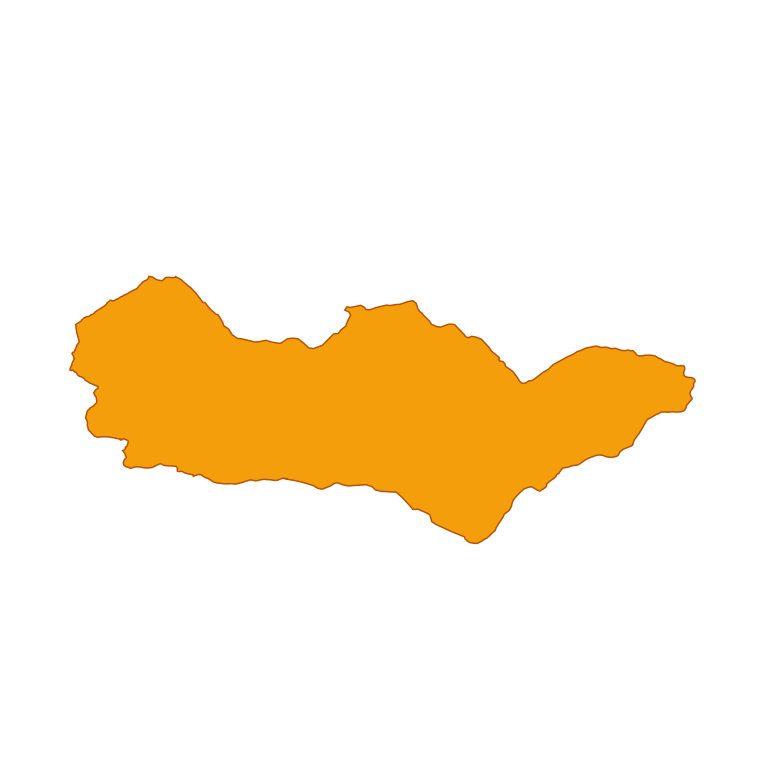 Palestina, Huila, Colombia (Equal Earth projection), rotated 250°
{"feature_id": "7082276B12666092596275", "entity_name": "Palestina", "entity_type": "district", "adm_level": 2, "iso_a3": "COL", "parent_name": "Colombia", "parent_adm1": "Huila", "projection": "equal_earth", "projection_center": [-76.155, 1.674], "detail": "fine", "context": "isolated", "style": "filled", "palette": "amber", "viewbox_px": 768, "rotation_deg": 250, "n_neighbors": 0, "source": "geoboundaries", "source_scale": "gbopen_adm2", "svg_char_len": 6149}
<svg xmlns="http://www.w3.org/2000/svg" viewBox="0 0 768 768"><g transform="rotate(250 384 384)"><path d="M565.6,199.8L564.5,199.1L563.6,198.2L562.8,196.1L562.8,194.3L562.3,192.1L559.7,186.9L558.2,184.5L557.7,180.7L557.7,179.1L556.6,173.4L555.8,165.8L554.8,162.5L555.2,161.3L554.7,159.4L554.7,157.8L555.8,156.4L556.4,155.2L555.8,154.5L555.5,153.1L555.0,151.8L553.7,149.9L553.0,148.2L550.5,137.3L549.6,135.8L549.2,134.4L549.2,132.2L548.4,129.9L548.9,128.1L548.8,125.0L547.7,122.2L546.8,121.0L545.2,114.6L537.6,112.9L527.9,112.1L526.5,110.3L526.1,109.3L524.5,108.0L520.1,103.9L520.2,102.2L519.3,101.2L516.8,101.7L515.2,101.8L513.2,101.1L510.9,98.6L508.4,96.8L506.3,94.6L504.3,93.7L503.9,94.2L503.7,96.2L501.2,97.5L500.6,98.2L499.7,98.9L497.6,99.2L496.3,99.8L495.3,100.5L494.3,102.0L492.4,103.7L490.7,104.5L489.8,104.5L489.4,104.8L488.7,105.5L485.6,107.7L484.5,109.1L481.4,112.2L479.6,114.4L477.8,113.8L477.0,110.8L475.0,108.2L472.3,108.4L470.1,109.0L466.8,108.4L464.7,107.5L462.9,103.8L461.9,99.5L460.1,96.0L454.2,91.9L451.3,92.4L448.8,92.0L446.5,91.0L443.7,90.9L442.2,90.5L434.0,94.1L431.9,96.7L431.3,99.3L430.7,101.4L428.6,107.0L426.5,110.5L426.0,111.6L424.9,113.0L423.4,115.6L422.5,117.3L422.0,116.9L421.7,117.0L421.1,118.4L421.8,119.5L421.7,120.0L420.7,121.7L419.7,122.7L418.4,123.9L417.1,124.0L413.4,121.1L413.1,120.5L413.1,119.4L411.6,118.6L410.8,117.5L410.8,115.7L409.7,115.9L407.5,116.7L406.7,116.8L405.2,116.4L403.7,116.7L402.9,116.7L402.4,116.0L401.9,114.7L400.7,113.1L399.0,112.0L397.0,111.8L394.7,113.0L393.1,115.3L391.7,116.6L391.4,117.3L391.2,122.1L389.4,126.5L387.6,129.4L386.4,131.8L385.1,136.1L384.9,138.7L385.7,145.3L385.5,146.5L384.9,147.5L382.9,149.4L382.1,150.4L381.6,152.0L380.2,154.5L380.0,155.7L379.4,157.0L377.7,160.3L377.3,160.7L375.5,161.1L373.9,160.3L372.9,160.0L372.2,160.6L371.7,161.6L371.4,163.2L370.9,164.4L368.4,166.6L367.8,167.4L364.6,172.4L364.4,173.2L362.5,173.2L362.6,176.3L362.5,177.9L362.3,178.7L361.3,181.2L359.5,182.2L357.4,183.9L355.0,186.8L353.8,187.4L352.7,188.6L350.9,189.6L348.5,192.6L346.7,196.2L345.3,198.8L343.8,202.5L342.7,206.1L340.7,210.2L340.0,216.3L339.9,221.3L339.6,225.7L338.5,227.8L337.9,228.5L336.9,230.3L336.4,232.8L336.4,234.0L335.7,237.7L335.1,239.5L334.2,241.3L332.7,244.8L330.8,248.3L330.2,249.8L330.0,251.3L330.1,256.5L329.6,257.6L329.2,258.2L328.4,260.1L328.1,259.5L324.0,266.9L323.1,268.2L321.3,271.2L315.8,278.9L312.9,282.6L311.7,283.8L309.9,285.0L308.4,286.5L306.7,289.1L306.3,290.5L306.5,297.4L306.7,299.6L307.6,303.4L307.2,306.4L303.5,310.7L300.5,315.4L295.5,332.7L291.7,337.6L287.1,340.0L283.9,345.2L278.1,358.6L271.3,362.2L260.3,366.9L256.3,368.2L254.8,373.0L248.9,379.3L245.3,382.4L238.4,381.8L234.0,385.1L223.4,395.7L213.0,407.2L210.7,407.3L207.2,409.1L205.6,410.6L204.9,411.7L202.9,415.3L202.4,417.2L202.4,418.5L202.8,421.7L203.2,423.3L203.5,423.8L204.1,428.4L207.0,434.9L208.3,438.3L210.6,440.4L213.2,443.4L218.0,450.1L220.6,452.6L222.2,458.0L223.9,460.4L225.9,462.2L227.5,463.1L230.2,465.2L232.7,469.0L235.7,475.0L237.4,479.5L237.6,484.1L236.9,487.5L236.1,488.5L234.4,489.7L230.8,492.8L230.2,493.6L230.0,494.4L230.7,496.1L230.9,497.7L231.7,500.7L232.7,501.9L233.7,502.2L234.6,503.1L236.0,506.8L237.5,512.1L238.2,513.7L239.0,514.6L239.7,515.2L240.0,515.7L240.2,517.7L240.8,518.6L241.4,519.1L241.7,519.6L242.0,520.0L242.7,521.5L243.3,521.8L243.7,522.3L243.8,523.8L243.0,527.8L242.8,533.0L242.3,535.5L242.0,536.6L241.7,538.6L241.9,540.1L243.9,547.5L244.3,552.0L244.4,557.7L244.0,561.2L242.5,564.6L239.4,568.4L237.8,571.3L236.9,573.9L236.5,577.8L236.8,579.2L237.2,580.0L239.4,582.4L240.0,583.7L240.5,585.1L240.9,587.0L241.1,590.5L241.1,595.2L241.4,596.3L242.1,597.3L243.4,597.9L245.7,600.0L250.7,607.3L253.1,610.3L259.8,618.1L260.6,619.6L261.2,623.8L262.2,629.0L262.3,631.5L262.8,634.8L262.3,636.6L260.3,641.5L259.2,645.8L258.6,646.8L256.8,651.7L256.3,653.7L256.2,655.7L256.5,657.0L256.9,658.0L257.7,659.0L259.1,660.3L259.7,660.4L260.3,660.9L263.2,665.7L264.0,667.7L264.4,668.2L265.7,668.7L267.5,668.1L269.5,668.1L270.8,668.4L272.7,670.0L275.1,673.5L276.3,674.4L277.8,674.8L278.4,675.1L278.9,675.6L279.8,677.0L280.5,677.4L281.9,677.5L283.3,676.7L284.4,675.8L286.9,671.0L288.1,669.6L288.9,669.0L290.4,669.0L292.6,669.6L294.9,671.6L295.9,672.0L297.4,672.2L298.0,672.1L298.7,671.5L299.5,670.0L300.3,666.6L301.0,665.4L303.7,662.9L306.0,660.1L307.1,658.6L309.0,655.6L313.3,652.3L314.3,650.9L317.6,648.4L318.0,647.8L319.7,644.8L320.6,642.7L321.5,639.8L321.9,638.2L322.0,636.9L322.6,634.8L323.3,633.0L324.1,632.0L325.2,631.1L326.2,631.0L326.6,631.2L327.9,630.4L329.3,629.8L330.2,629.2L330.7,627.8L331.0,626.9L332.3,625.3L332.5,624.7L332.8,622.0L334.4,618.6L338.5,613.5L339.2,610.1L342.7,605.4L343.4,602.6L344.3,600.1L346.8,597.0L347.5,594.2L348.1,590.2L348.7,585.0L348.3,583.0L348.3,576.7L347.2,571.4L346.8,565.8L344.3,549.5L341.6,543.6L340.5,537.5L336.6,524.7L337.3,521.0L336.5,517.1L337.3,514.2L339.4,512.6L345.2,511.3L351.8,509.3L359.1,504.2L361.7,504.5L363.9,503.8L365.2,502.3L365.8,500.9L366.9,500.2L367.9,500.1L368.4,501.2L369.1,501.5L375.4,497.8L378.7,496.1L383.4,494.9L392.6,490.9L394.5,489.0L397.1,485.8L398.7,482.8L398.7,479.2L400.2,477.0L401.4,476.6L402.7,476.4L415.5,470.7L416.7,468.9L418.1,465.0L418.1,456.6L420.0,453.0L424.0,448.9L427.4,448.3L432.3,446.0L434.6,444.8L437.6,444.0L439.7,442.4L443.0,441.6L448.8,441.8L452.5,439.5L453.2,434.7L453.4,426.5L454.6,422.2L455.7,416.2L457.1,413.9L457.8,409.2L458.5,402.3L458.7,395.6L460.2,392.4L462.6,391.9L465.9,389.0L467.3,378.9L469.2,375.5L466.9,372.4L463.5,375.8L460.0,376.1L456.7,372.5L451.3,367.5L449.5,362.0L447.1,358.1L448.2,353.7L441.4,339.3L441.4,329.9L443.6,325.6L449.4,322.7L455.6,319.0L457.9,315.0L459.1,310.8L459.5,308.2L458.7,305.9L457.6,300.9L458.9,297.8L461.9,292.6L465.5,287.9L466.3,281.9L467.5,277.2L475.5,265.1L476.9,261.9L482.0,258.2L489.1,256.7L493.2,253.5L497.5,253.4L505.4,251.9L507.2,249.9L514.6,245.9L521.6,243.7L522.9,241.5L525.0,241.0L534.0,238.2L541.4,234.9L541.6,234.4L551.5,229.0L556.1,225.0L555.6,224.6L556.0,222.5L558.2,217.3L558.6,216.1L558.6,214.9L557.1,211.5L557.3,210.0L559.1,206.9L560.2,205.6L563.3,203.3L564.3,202.1L565.6,199.8Z" fill="#f59e0b" stroke="#b45309" stroke-width="1.5"/></g></svg>